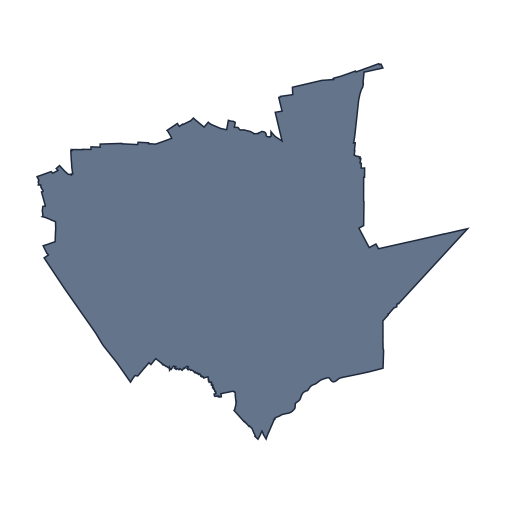 Midden-Groningen, Groningen, Netherlands (orthographic projection), rotated 266°
{"feature_id": "6326949B36639676585237", "entity_name": "Midden-Groningen", "entity_type": "district", "adm_level": 2, "iso_a3": "NLD", "parent_name": "Netherlands", "parent_adm1": "Groningen", "projection": "orthographic", "projection_center": [6.809, 53.185], "detail": "fine", "context": "isolated", "style": "filled", "palette": "slate", "viewbox_px": 512, "rotation_deg": 266, "n_neighbors": 0, "source": "geoboundaries", "source_scale": "gbopen_adm2", "svg_char_len": 5855}
<svg xmlns="http://www.w3.org/2000/svg" viewBox="0 0 512 512"><g transform="rotate(266 256 256)"><path d="M135.2,374.9L151.5,376.6L153.3,376.7L154.8,376.3L164.1,376.8L164.5,376.9L182.5,378.1L188.1,383.9L189.0,383.6L189.3,384.6L189.6,385.1L191.1,386.4L193.2,388.6L194.1,389.3L194.3,389.6L195.2,391.7L195.5,392.9L198.1,393.2L198.4,394.5L198.7,394.5L198.8,394.5L198.7,395.2L198.8,395.2L268.5,469.0L264.7,444.4L264.8,444.4L263.4,435.7L262.4,429.4L254.7,378.7L259.6,376.5L256.5,369.5L276.6,360.6L278.8,365.5L302.8,367.5L303.6,367.2L303.8,367.2L327.0,368.9L327.0,369.8L336.2,370.5L336.2,368.5L336.4,367.1L340.1,367.4L340.5,367.3L341.2,367.5L341.6,366.2L345.9,367.4L346.3,367.3L346.4,366.7L346.2,366.2L347.6,366.6L347.6,365.9L348.2,365.1L348.2,364.3L348.4,364.1L348.3,363.7L348.4,363.3L348.9,362.7L349.6,361.5L349.8,361.0L354.3,361.9L354.4,361.5L362.0,362.9L361.9,361.2L363.2,361.6L369.4,363.0L404.4,369.3L410.7,371.1L412.7,372.0L414.0,372.3L417.3,374.4L418.9,374.6L419.4,375.0L420.8,375.1L421.1,375.1L421.2,374.8L421.4,374.8L432.0,376.7L432.1,378.5L434.7,395.7L438.7,394.1L438.3,392.4L439.3,392.0L439.3,391.9L432.6,368.6L433.6,368.2L431.3,360.1L429.3,352.7L428.0,346.0L427.6,345.3L426.6,345.8L426.6,333.9L421.8,304.1L414.4,303.9L413.5,291.5L412.9,291.5L412.8,291.4L412.7,290.1L412.6,289.8L412.2,289.8L398.7,292.1L398.0,285.2L368.9,290.0L373.7,283.7L374.7,282.8L377.0,281.0L378.9,279.7L377.4,279.7L376.3,279.5L376.4,279.4L376.2,279.4L374.7,279.6L374.3,278.9L374.3,278.6L374.1,278.1L373.9,278.0L373.7,278.0L374.3,275.6L374.4,275.3L375.2,274.7L375.7,274.5L376.9,274.6L378.1,274.1L378.4,273.9L379.2,272.9L379.8,270.9L379.8,270.4L378.9,268.4L378.6,267.1L378.0,267.1L378.1,262.3L378.6,262.2L380.6,259.1L382.8,252.2L382.6,251.2L382.7,250.7L382.8,250.0L382.7,250.0L382.9,248.9L383.2,248.5L383.6,248.2L385.1,247.3L385.5,246.9L385.6,246.2L385.9,243.7L386.1,243.3L386.7,243.6L390.6,244.6L390.8,244.6L391.0,244.1L391.6,243.3L391.9,242.8L392.2,241.0L392.4,240.0L393.3,237.9L384.0,235.5L385.7,229.6L390.2,220.8L391.5,219.0L392.8,217.7L388.2,213.2L396.2,204.8L398.0,203.2L395.2,200.0L395.3,199.8L392.3,192.4L392.7,192.1L390.6,188.5L393.7,186.8L387.5,176.0L386.7,176.7L386.1,177.0L382.1,179.0L379.3,180.1L376.7,171.3L374.6,163.6L375.3,158.7L375.4,156.9L375.4,156.7L376.4,156.8L377.7,146.3L375.4,145.7L377.3,129.8L377.7,129.8L378.5,108.3L375.4,108.1L376.4,99.0L373.8,98.8L374.5,90.4L374.2,90.4L375.1,79.3L374.1,79.8L374.1,79.1L373.7,79.0L373.8,78.6L364.6,78.4L361.1,78.5L357.5,78.4L350.7,78.9L350.7,77.5L349.7,77.5L350.1,76.9L350.4,76.1L350.4,74.9L351.2,73.7L352.4,72.7L353.7,71.3L359.9,66.3L357.2,62.8L355.1,64.4L352.8,59.0L354.5,57.6L350.7,44.1L350.7,43.9L350.5,43.2L350.3,43.0L348.5,43.9L347.9,44.4L347.0,44.3L346.6,44.7L345.8,44.2L345.0,43.9L343.2,44.3L342.6,43.9L342.2,44.0L342.0,43.9L341.9,46.2L341.0,46.1L340.6,46.3L339.7,46.5L339.6,46.3L339.2,46.4L337.6,47.2L336.4,48.1L335.4,48.1L335.3,47.9L334.9,46.5L320.9,49.3L320.4,49.3L320.4,46.8L315.9,45.9L314.8,46.1L311.0,46.2L310.5,46.0L310.2,45.5L308.8,49.4L307.9,51.0L307.2,52.7L306.2,54.2L305.7,55.3L304.2,58.4L295.8,58.0L295.3,57.8L284.3,56.6L282.0,48.3L281.1,44.4L276.0,46.4L274.6,47.1L273.4,47.4L272.6,48.3L272.1,48.6L271.9,48.8L271.5,49.0L268.9,44.5L237.6,62.3L206.4,81.0L204.9,82.0L204.6,82.3L204.3,82.3L190.1,90.8L179.3,96.3L177.0,97.6L159.1,109.9L138.9,122.0L142.1,124.3L145.1,126.8L145.2,127.1L144.6,129.3L144.6,129.6L144.8,129.9L151.7,136.5L151.8,136.5L152.2,136.9L152.1,137.0L153.9,138.8L157.0,141.8L155.0,143.6L160.6,148.8L157.0,152.8L155.5,154.5L155.4,154.4L154.5,155.4L154.2,155.2L153.8,155.7L154.2,156.0L152.3,158.3L152.5,158.5L150.6,160.8L150.7,161.4L151.2,161.8L148.1,161.8L149.3,162.9L148.8,163.5L151.8,165.9L151.3,168.1L149.8,166.8L148.4,168.5L149.4,169.4L147.9,171.2L149.0,172.3L147.1,174.3L149.3,176.4L148.8,176.9L150.6,178.8L150.6,179.6L150.5,180.2L150.1,180.8L148.6,179.3L147.2,180.3L147.9,181.3L147.1,182.3L146.5,182.8L146.9,183.5L145.5,185.7L144.0,186.5L144.5,187.5L143.1,188.2L143.5,189.1L143.0,189.4L143.1,189.7L141.8,190.3L142.4,191.7L142.3,191.8L140.0,192.5L140.3,193.2L139.7,193.5L139.0,193.8L139.4,194.7L138.8,195.2L137.9,195.4L138.6,198.1L138.7,199.7L138.6,199.8L138.5,199.6L136.2,200.0L136.1,199.8L135.0,199.9L135.1,200.1L134.6,200.1L134.5,200.3L133.2,200.5L133.3,202.4L133.2,202.6L133.2,202.8L131.7,202.9L131.7,202.5L130.3,202.5L130.3,203.8L130.0,203.8L129.7,204.1L129.4,204.1L129.3,203.6L127.5,203.5L127.4,204.5L126.2,204.4L126.1,205.0L123.7,205.5L123.8,206.2L123.7,206.3L121.5,206.4L121.2,204.6L119.4,204.8L118.8,205.3L119.0,208.3L118.3,208.4L118.4,209.3L117.8,209.5L118.0,211.6L119.3,211.6L121.0,211.3L121.6,214.6L121.9,217.7L122.7,223.1L122.6,223.6L122.1,224.4L122.1,225.1L121.8,225.1L121.2,225.7L119.1,225.6L116.7,225.6L111.5,225.9L110.9,225.8L111.0,225.9L108.6,225.4L106.9,224.8L104.8,224.2L104.1,223.8L103.5,223.3L97.2,228.2L93.7,230.9L91.5,232.6L91.8,232.9L89.9,234.4L90.0,234.5L86.4,237.2L86.8,237.6L86.9,237.8L84.7,239.4L84.5,239.9L80.6,241.2L76.7,242.7L76.4,242.5L76.2,242.3L73.1,245.2L76.8,247.5L80.9,249.7L78.7,250.7L78.4,250.7L78.1,250.6L72.7,253.3L75.2,254.3L79.1,256.2L79.1,256.3L87.2,260.5L91.1,262.5L91.2,262.4L91.7,263.4L92.6,263.1L93.7,265.1L94.7,268.2L96.0,270.9L96.2,271.9L97.1,278.2L97.5,279.3L97.9,280.3L98.7,281.5L100.5,283.5L100.9,283.8L101.5,284.2L102.6,284.5L105.4,284.8L106.1,285.1L106.8,285.7L108.4,288.4L109.5,289.6L111.0,290.5L112.1,290.9L114.4,292.0L115.1,292.5L115.9,293.1L116.5,293.7L117.7,295.8L118.0,296.7L117.9,297.2L118.1,297.9L118.6,298.4L122.0,301.2L123.1,302.8L123.8,304.8L124.0,305.7L124.5,306.9L125.3,308.2L126.2,309.5L127.3,311.2L127.8,312.2L128.1,313.0L128.8,315.4L129.0,316.5L129.6,318.7L129.5,320.1L128.6,321.0L126.7,322.1L125.9,322.8L125.2,323.8L125.1,324.3L125.1,324.9L125.3,326.1L126.0,327.5L126.4,328.0L127.9,330.1L128.2,330.8L128.8,333.4L131.2,351.4L132.6,361.0L135.2,374.9Z" fill="#64748b" stroke="#1e293b" stroke-width="1.5"/></g></svg>